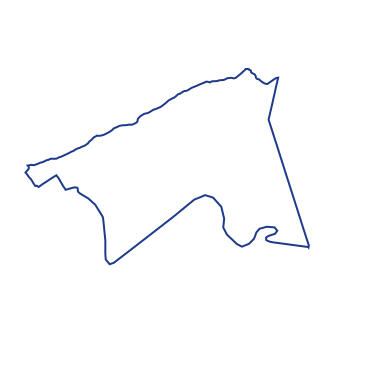 the district of Bahri, Khartoum, Sudan, rotated 59°
{"feature_id": "16777658B15021592307574", "entity_name": "Bahri", "entity_type": "district", "adm_level": 2, "iso_a3": "SDN", "parent_name": "Sudan", "parent_adm1": "Khartoum", "projection": "equal_earth", "projection_center": [32.683, 15.975], "detail": "fine", "context": "isolated", "style": "outline", "palette": "blue", "viewbox_px": 384, "rotation_deg": 59, "n_neighbors": 0, "source": "geoboundaries", "source_scale": "gbopen_adm2", "svg_char_len": 3062}
<svg xmlns="http://www.w3.org/2000/svg" viewBox="0 0 384 384"><g transform="rotate(59 192 192)"><path d="M299.3,120.5L298.7,120.0L298.0,119.4L295.1,118.7L292.4,118.1L284.2,116.2L240.3,105.8L227.5,102.8L195.5,95.2L175.1,90.4L169.4,89.1L165.4,85.2L164.8,84.6L164.5,84.4L161.8,81.7L150.0,70.4L148.2,68.7L145.0,65.7L144.3,65.0L143.0,63.7L142.8,63.5L141.7,62.4L141.5,62.2L141.4,62.1L141.1,61.9L139.5,60.4L139.3,60.1L139.0,59.9L138.4,59.3L138.3,59.6L137.7,61.1L137.6,62.8L137.9,66.6L138.0,68.4L138.1,70.3L138.3,71.6L137.7,72.6L136.2,73.9L134.7,74.8L132.5,75.8L131.1,76.2L129.8,76.6L129.1,77.6L128.0,78.2L126.5,78.2L125.4,77.7L124.3,77.6L123.0,77.9L121.9,78.7L120.9,79.3L119.8,79.7L118.9,79.2L117.7,79.2L116.8,80.1L116.0,80.0L115.1,81.1L114.2,82.7L114.6,83.6L114.9,85.1L115.2,86.8L115.6,87.7L115.6,88.8L115.9,89.9L116.0,91.3L116.4,93.8L116.7,96.1L116.0,97.9L115.0,98.8L114.1,99.9L112.6,103.3L112.6,105.4L112.2,107.3L111.8,108.1L110.2,111.3L110.1,112.7L109.2,114.6L108.5,115.8L107.4,117.9L107.3,120.2L106.1,121.3L104.7,122.9L104.6,124.8L104.3,126.6L103.7,130.5L103.4,133.5L102.9,136.3L102.6,138.1L102.5,141.2L102.7,143.0L102.3,144.9L101.6,146.4L101.4,147.6L101.4,149.5L101.6,151.6L101.0,153.4L101.5,155.6L101.9,158.4L101.6,161.2L101.5,163.6L101.5,165.0L102.2,168.5L102.7,172.3L102.9,175.3L102.2,180.6L101.7,182.1L101.6,183.5L101.7,187.2L101.5,189.1L101.2,190.3L100.4,192.7L100.4,194.2L100.4,196.3L100.6,198.0L101.2,200.2L101.8,201.1L102.8,201.9L103.5,202.6L103.9,204.2L103.6,208.0L103.2,209.0L102.8,210.0L101.9,211.1L101.4,212.4L100.6,214.4L99.1,217.1L98.6,218.4L98.0,219.8L97.8,222.0L97.2,226.4L97.8,228.7L98.0,230.9L97.9,234.0L97.6,237.9L97.0,240.4L95.9,242.9L95.4,243.6L94.6,244.7L94.8,245.8L94.6,247.9L94.9,249.0L95.5,251.2L95.7,252.5L95.8,253.8L96.2,255.1L96.8,256.1L96.8,257.3L97.0,258.8L96.9,261.1L96.6,262.5L96.4,263.8L96.3,265.6L95.9,267.0L95.6,269.4L95.7,272.9L95.4,274.1L95.2,277.9L94.7,283.0L94.2,286.9L93.7,288.2L93.8,290.0L93.5,291.1L92.5,293.2L91.7,294.2L91.2,295.2L90.5,296.8L90.6,298.2L89.9,300.1L89.6,303.6L89.3,305.3L88.8,306.7L88.3,310.5L87.6,313.6L85.6,316.4L85.3,317.9L84.7,319.2L85.8,319.1L86.6,319.1L87.6,319.6L88.1,320.4L88.5,321.5L88.9,322.8L89.6,324.7L91.0,324.4L93.1,324.2L94.0,324.2L95.1,324.1L97.0,323.7L97.8,323.5L98.8,323.4L99.9,323.4L101.9,323.4L103.7,323.4L106.2,323.2L106.7,321.8L108.7,320.9L108.3,316.1L108.2,311.9L107.9,306.3L107.8,299.7L111.4,299.2L119.0,299.4L121.3,299.4L123.1,299.2L125.0,299.2L125.9,295.9L126.7,293.0L127.6,290.1L129.3,288.1L130.4,288.2L132.4,289.4L133.7,289.4L135.2,288.9L136.3,288.4L144.1,284.2L153.1,281.5L165.8,281.3L167.7,281.4L169.3,282.0L175.1,284.7L189.2,291.4L199.6,297.7L205.4,300.7L211.5,299.8L212.4,295.5L209.2,267.4L204.3,226.3L203.5,219.8L199.7,194.0L201.5,182.3L207.7,176.8L219.7,174.5L231.5,178.2L238.5,183.5L246.5,184.0L259.8,180.3L264.6,177.3L265.8,169.8L263.9,162.7L259.8,157.6L258.3,153.1L260.3,145.8L264.9,139.4L269.2,138.9L270.6,142.5L269.4,147.3L269.0,150.3L269.3,152.1L271.6,153.1L274.6,151.0L277.1,148.2L299.2,120.5L299.3,120.5Z" fill="none" stroke="#1e3a8a" stroke-width="2"/></g></svg>